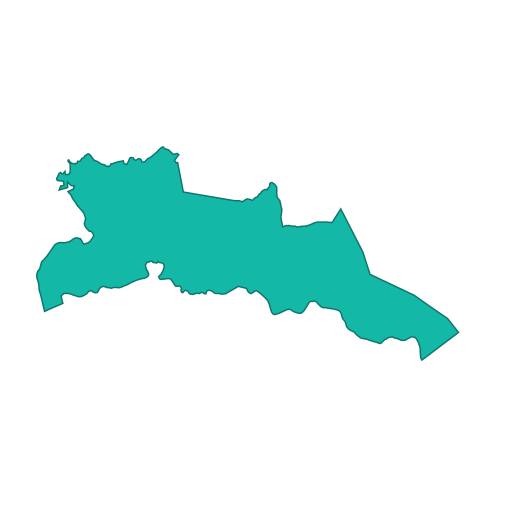 the district of Zapotitlán de Méndez, Puebla, Mexico, rotated 10°
{"feature_id": "50627088B5409879857753", "entity_name": "Zapotitlán de Méndez", "entity_type": "district", "adm_level": 2, "iso_a3": "MEX", "parent_name": "Mexico", "parent_adm1": "Puebla", "projection": "equal_earth", "projection_center": [-97.699, 20.004], "detail": "fine", "context": "isolated", "style": "filled", "palette": "teal", "viewbox_px": 512, "rotation_deg": 10, "n_neighbors": 0, "source": "geoboundaries", "source_scale": "gbopen_adm2", "svg_char_len": 6005}
<svg xmlns="http://www.w3.org/2000/svg" viewBox="0 0 512 512"><g transform="rotate(10 256 256)"><path d="M46.3,214.1L46.4,214.9L47.2,216.1L53.4,215.8L54.6,219.5L53.1,220.5L51.6,220.8L50.7,225.2L58.6,221.3L57.5,215.8L61.7,218.7L64.9,218.6L64.5,221.9L60.5,224.6L59.6,225.1L60.0,225.6L61.3,226.7L62.5,227.4L63.3,228.4L64.4,229.6L64.9,230.7L67.4,233.3L68.7,234.1L70.7,236.8L71.8,237.8L72.7,238.5L73.6,239.0L74.7,240.1L76.7,241.6L77.9,242.8L78.6,243.2L79.1,243.7L80.1,245.6L81.0,247.0L81.6,248.8L81.6,251.9L81.3,253.7L81.9,255.4L82.7,256.4L83.2,257.1L84.9,258.6L87.5,260.5L88.3,260.5L89.2,260.4L90.4,261.1L91.3,262.0L92.4,263.5L92.6,264.8L90.7,269.1L90.4,270.0L89.2,271.4L88.4,272.2L86.8,272.9L85.5,273.8L84.7,274.1L84.2,274.1L83.4,273.6L82.3,271.9L80.1,269.5L76.5,269.2L74.3,270.0L73.5,270.6L71.9,272.2L71.3,272.9L69.6,274.3L68.7,274.8L67.8,275.1L67.1,275.5L64.7,276.3L60.7,276.7L58.5,277.7L56.9,278.9L56.1,279.7L54.6,282.6L53.1,286.2L49.8,293.1L47.6,296.6L45.9,299.0L45.2,306.6L44.1,307.9L43.6,309.8L43.3,312.4L43.9,315.2L45.7,318.7L47.2,322.1L48.5,327.5L50.7,331.7L57.4,347.3L60.2,345.3L74.0,336.2L72.2,332.0L72.0,331.7L71.5,330.6L71.4,328.6L73.5,326.1L78.7,325.4L82.5,326.1L88.2,326.9L90.8,326.4L93.4,324.7L95.9,322.5L97.4,319.8L99.7,318.7L99.9,318.7L101.9,319.8L104.2,320.1L106.2,319.4L107.6,315.0L108.9,313.6L111.1,312.3L115.1,313.0L116.8,312.6L118.8,313.0L121.8,311.5L126.9,311.0L129.0,309.9L131.6,308.1L133.5,307.1L137.7,303.8L142.7,300.5L147.5,298.1L149.9,297.4L152.0,295.9L153.0,294.8L153.6,293.0L153.1,291.7L151.9,289.8L150.2,288.0L148.7,284.6L149.3,282.0L150.0,281.0L152.1,280.3L152.5,279.7L154.6,279.1L155.4,280.0L156.1,280.3L157.6,280.1L159.3,280.2L160.0,279.6L160.4,278.9L160.4,278.5L162.5,279.2L164.6,279.1L165.6,279.5L166.0,279.8L166.7,280.4L167.3,281.5L167.5,282.6L167.4,283.8L167.1,285.8L166.8,287.2L166.3,288.4L165.6,290.6L164.1,292.6L163.5,293.9L163.9,293.4L164.3,293.9L164.6,294.7L164.9,295.1L165.2,295.3L166.2,295.5L167.0,295.4L172.7,293.7L174.5,293.3L176.0,293.6L176.7,294.3L177.8,295.2L178.4,295.9L181.8,299.5L182.3,299.7L183.0,299.7L184.7,299.0L185.3,299.0L186.4,299.2L187.3,299.5L187.7,300.0L188.1,300.6L188.1,303.2L188.9,304.3L189.4,304.8L190.2,304.8L190.5,304.6L191.2,303.3L191.8,302.4L192.7,302.1L194.9,302.4L195.6,303.0L196.3,304.0L197.0,304.7L198.1,304.9L200.5,304.8L201.3,304.5L202.6,303.7L202.9,303.3L203.4,303.0L204.0,302.9L206.5,302.9L207.5,302.1L207.8,301.7L208.3,301.5L209.5,301.3L210.5,301.5L211.2,301.9L212.0,301.9L212.5,302.2L213.0,302.1L213.3,301.6L213.5,299.8L213.9,298.7L214.4,298.3L216.0,297.9L217.5,297.9L218.2,298.1L219.1,298.6L221.5,299.6L223.0,299.9L225.3,299.4L229.0,299.5L230.9,298.9L232.6,298.5L243.8,289.0L252.2,289.5L254.3,292.4L255.0,292.8L255.7,293.4L257.3,293.9L258.3,293.5L261.4,290.4L262.1,290.1L263.4,290.4L266.3,291.8L272.1,295.4L275.1,297.7L277.2,300.7L281.0,308.4L282.8,310.1L284.8,310.4L288.5,308.5L295.6,303.6L297.4,302.7L299.7,302.8L301.1,303.4L302.2,304.1L304.7,304.6L306.9,304.9L308.5,304.9L310.0,304.6L310.9,303.9L312.0,302.7L312.9,301.2L314.8,296.7L316.2,292.9L317.2,291.4L319.1,291.0L321.8,290.1L323.9,291.0L326.5,293.2L329.6,295.0L331.7,295.2L332.9,294.8L336.1,294.9L341.4,294.7L345.1,295.0L347.5,295.5L348.7,296.5L349.7,297.6L351.4,301.1L352.2,302.6L354.4,304.5L355.7,305.9L357.4,309.7L359.4,311.5L360.0,312.0L360.8,312.4L366.1,313.9L367.1,314.9L369.0,316.3L372.2,318.0L373.7,318.6L378.1,318.7L380.1,318.8L383.1,319.4L389.8,320.1L392.6,320.6L393.6,320.6L394.1,320.3L397.5,315.7L398.4,315.4L400.1,313.7L401.1,313.1L402.4,312.6L403.1,312.5L404.8,311.9L405.5,312.4L407.5,312.8L409.6,312.8L413.8,313.8L415.4,313.6L417.0,313.2L418.4,312.5L419.5,311.2L421.3,310.0L422.8,308.8L424.6,308.4L426.6,308.5L428.5,309.9L430.8,312.8L433.0,316.8L433.8,318.7L434.3,321.4L435.6,326.7L436.2,328.1L437.4,329.7L468.7,296.1L455.5,284.3L436.1,275.5L418.5,267.2L371.5,254.3L360.5,233.5L331.3,194.9L326.3,207.1L325.3,209.8L318.5,210.5L309.9,212.1L309.3,212.5L307.3,213.4L306.3,214.2L302.5,216.7L301.4,217.0L299.6,218.0L298.2,218.3L295.6,218.9L291.9,220.3L290.4,220.1L289.7,219.8L289.2,219.8L287.1,220.3L284.9,220.3L283.6,220.2L281.1,220.7L279.9,221.1L278.9,221.6L277.0,222.7L276.6,221.1L275.5,218.2L274.2,215.0L273.9,213.8L273.6,211.7L273.7,209.8L273.4,206.1L273.3,205.6L272.5,203.7L272.1,203.2L271.6,201.4L270.4,198.7L269.9,197.5L266.8,194.7L266.3,193.5L265.5,190.7L265.3,189.6L265.2,188.3L264.9,187.3L264.8,186.1L264.1,184.1L262.5,182.7L261.1,181.7L260.3,181.5L259.0,180.9L257.7,181.4L257.1,182.1L257.3,185.5L255.7,187.8L255.7,188.9L254.0,188.8L253.3,188.9L251.6,190.3L250.6,191.2L249.9,192.6L249.9,193.3L249.3,193.7L248.1,194.9L247.3,197.3L247.0,197.7L246.3,197.9L245.6,198.5L244.9,198.9L244.3,199.6L243.7,200.7L242.8,201.9L240.3,201.3L238.9,201.3L238.6,201.4L237.5,201.2L235.4,202.8L234.5,203.8L233.7,204.2L233.2,205.0L229.7,204.5L227.1,205.0L224.5,205.3L173.3,205.6L162.6,177.6L161.3,178.1L159.3,176.3L159.6,175.1L162.4,169.6L160.5,168.7L157.0,170.4L151.3,166.6L147.4,166.2L145.6,164.7L144.1,165.6L142.3,167.8L140.1,171.1L135.8,176.3L134.3,177.7L132.5,179.0L130.9,181.4L129.8,182.8L127.4,183.2L125.9,180.8L123.8,180.5L122.8,180.9L121.9,182.0L120.7,182.6L119.4,182.3L118.0,180.6L115.6,180.7L114.6,181.7L114.2,184.1L113.6,186.0L112.7,188.2L110.6,188.3L109.6,187.2L108.7,185.3L106.1,186.4L104.7,186.8L103.5,187.3L101.0,188.7L99.8,189.2L98.8,190.0L97.2,190.4L96.9,191.6L96.5,192.4L95.8,193.1L95.4,193.5L94.4,193.3L93.4,193.7L91.2,192.6L90.4,192.4L87.7,192.4L86.8,191.9L83.3,190.4L81.6,190.2L79.6,189.6L75.5,185.6L73.9,184.6L72.8,184.6L71.8,185.3L71.4,185.8L70.2,186.9L69.6,188.3L69.0,189.1L67.3,190.5L66.9,191.8L66.6,192.7L65.9,193.4L64.5,193.6L63.9,193.8L63.7,194.6L63.7,195.5L63.3,196.0L62.8,196.3L62.2,196.1L61.4,196.7L60.6,196.8L59.9,196.7L58.7,196.7L58.0,196.6L57.3,196.0L56.4,195.9L55.7,194.8L55.2,194.1L54.8,193.9L54.4,194.2L54.4,195.1L54.6,195.6L56.9,197.3L58.1,203.2L58.3,205.1L58.1,207.2L56.4,208.6L54.1,208.9L53.3,206.4L53.2,205.9L51.5,208.7L50.3,208.5L49.1,207.7L47.8,208.7L46.3,214.1Z" fill="#14b8a6" stroke="#0f766e" stroke-width="1.5"/></g></svg>